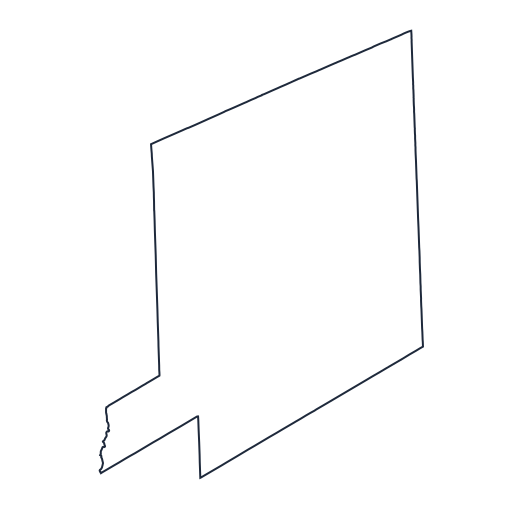 Nong Suea, Pathum Thani, Thailand (Robinson projection), rotated 178°
{"feature_id": "78962969B25224314923642", "entity_name": "Nong Suea", "entity_type": "district", "adm_level": 2, "iso_a3": "THA", "parent_name": "Thailand", "parent_adm1": "Pathum Thani", "projection": "robinson", "projection_center": [100.833, 14.16], "detail": "fine", "context": "isolated", "style": "outline", "palette": "slate", "viewbox_px": 512, "rotation_deg": 178, "n_neighbors": 0, "source": "geoboundaries", "source_scale": "gbopen_adm2", "svg_char_len": 5594}
<svg xmlns="http://www.w3.org/2000/svg" viewBox="0 0 512 512"><g transform="rotate(178 256 256)"><path d="M418.5,44.4L417.2,45.2L412.2,47.9L408.5,49.9L404.8,51.9L400.1,54.4L394.2,57.7L389.2,60.4L383.7,63.2L365.2,73.4L358.5,76.9L349.5,81.9L337.3,88.4L320.6,97.6L320.3,97.7L319.5,97.7L319.4,93.7L319.4,83.5L319.3,71.6L319.3,58.9L319.4,52.1L319.4,36.3L318.1,36.9L315.9,38.1L309.4,41.6L297.7,47.9L292.5,50.8L282.4,56.3L270.5,62.9L264.1,66.3L248.8,74.7L241.8,78.4L234.9,82.2L228.6,85.6L225.8,87.1L223.4,88.4L222.0,89.2L221.0,89.7L216.9,91.9L211.6,94.9L206.9,97.4L202.9,99.4L202.3,99.8L201.0,100.6L191.5,105.7L150.1,128.2L144.1,131.5L136.4,135.6L129.3,139.5L113.5,148.0L105.9,152.3L99.3,155.8L95.4,158.0L92.3,159.6L92.3,161.5L92.3,164.3L92.4,166.4L92.4,169.1L92.4,171.4L92.4,174.2L92.5,178.0L92.5,182.5L92.5,186.2L92.5,191.8L92.5,193.4L92.5,194.6L92.5,197.1L92.6,200.3L92.6,206.0L92.5,207.7L92.6,216.7L92.5,219.9L92.6,223.2L92.5,231.5L92.6,237.4L92.6,241.6L92.6,244.2L92.5,248.7L92.5,255.3L92.6,258.9L92.6,260.8L92.6,267.1L92.6,270.3L92.6,274.9L92.6,278.6L92.7,288.3L92.7,298.2L92.7,300.3L92.7,308.8L92.7,317.0L92.7,325.4L92.8,327.7L92.8,329.5L92.8,331.3L92.8,335.1L92.8,336.9L92.8,338.7L92.8,342.4L92.8,343.6L92.8,345.7L92.9,352.4L92.9,356.1L92.8,359.0L92.9,361.2L92.8,363.2L92.9,367.7L92.8,370.7L92.9,372.9L92.9,374.2L92.9,375.4L92.9,376.6L92.8,378.0L92.9,379.1L92.9,382.7L92.9,384.3L92.9,385.6L92.9,387.4L92.9,388.8L92.9,390.2L92.9,392.4L93.0,394.6L92.9,396.7L92.9,398.8L93.0,401.4L93.0,403.2L93.0,406.1L92.9,408.1L93.0,409.0L92.9,409.9L92.9,412.1L92.9,413.7L92.9,414.7L92.9,416.1L93.0,418.2L92.9,420.7L93.0,422.1L92.9,424.1L93.0,429.2L93.0,430.7L93.0,432.5L93.0,435.5L93.0,440.5L93.0,442.3L93.0,443.6L93.0,444.5L93.0,445.2L93.0,448.0L93.0,453.2L93.0,455.8L93.0,458.1L93.0,459.0L93.0,459.9L93.0,463.5L93.0,465.0L92.9,466.4L93.0,468.6L92.9,469.7L92.9,471.2L92.9,472.2L93.0,475.7L94.0,475.5L94.6,475.3L95.7,475.0L98.5,474.0L100.8,473.1L102.9,472.1L106.2,470.8L110.4,469.2L111.4,468.8L112.1,468.5L112.7,468.3L113.1,468.0L113.3,468.0L118.9,465.8L119.3,465.7L124.2,464.0L125.2,463.6L131.0,461.3L132.4,460.6L132.9,460.3L137.8,458.5L139.9,457.7L144.9,455.7L147.9,454.5L149.9,453.7L151.2,453.3L154.2,452.2L156.4,451.3L157.8,450.8L160.8,449.6L163.3,448.6L165.7,447.7L167.9,446.9L169.0,446.4L170.7,445.8L177.8,443.0L181.8,441.4L185.0,440.1L186.7,439.5L187.6,439.1L188.1,438.9L189.3,438.4L191.5,437.6L195.3,436.2L198.8,434.8L200.8,434.0L201.9,433.6L203.1,433.1L206.4,431.8L206.5,431.8L206.8,431.8L220.1,426.3L225.8,424.1L228.7,422.9L234.0,420.8L239.9,418.4L242.4,417.4L244.4,416.8L244.6,416.4L244.9,416.3L246.6,415.7L248.8,414.9L250.5,414.1L250.9,413.9L254.9,412.4L258.3,411.0L260.1,410.2L262.0,409.5L269.2,406.6L273.2,405.0L277.8,403.2L281.6,401.8L282.7,401.2L288.9,398.6L295.6,395.9L299.4,394.4L300.3,394.0L309.1,390.4L312.3,389.1L318.9,386.5L320.4,386.1L322.7,385.2L325.6,384.0L328.9,382.7L332.9,381.1L338.5,378.9L343.6,376.9L345.3,376.2L348.0,375.1L351.2,373.8L357.0,371.4L356.9,368.2L356.8,365.7L356.6,362.0L356.6,359.0L356.4,354.0L356.0,344.2L356.0,340.1L356.0,335.0L356.0,329.0L355.9,323.2L356.0,318.5L356.0,313.8L356.2,305.3L356.2,304.8L356.1,304.7L356.1,299.8L356.1,294.5L356.2,284.6L356.2,274.2L356.2,263.8L356.2,260.0L356.3,251.2L356.4,242.2L356.4,232.8L356.4,227.6L356.4,217.7L356.4,217.1L356.4,211.8L356.4,206.2L356.5,194.3L356.5,191.6L356.5,187.8L356.5,181.0L356.5,174.1L356.6,169.3L356.6,162.9L356.6,161.6L356.6,157.4L356.6,156.1L356.6,153.4L356.6,152.0L356.6,150.2L356.7,145.4L356.6,142.8L356.6,140.2L356.7,139.9L356.8,139.8L356.8,139.7L357.4,139.4L359.5,138.3L364.2,135.7L367.7,133.8L369.8,132.7L370.7,132.1L374.0,130.4L377.9,128.2L379.3,127.4L381.3,126.3L385.1,124.4L389.2,122.1L393.9,119.6L397.2,117.7L398.7,116.9L404.4,113.8L406.3,112.8L407.6,112.1L408.3,111.7L409.0,111.1L409.2,110.8L409.4,110.7L410.7,110.1L410.7,109.6L410.9,109.5L410.9,109.4L411.2,108.7L411.2,108.4L411.2,107.6L411.3,105.1L411.2,104.0L410.9,103.2L411.0,102.8L411.0,102.7L410.9,102.4L410.8,102.0L410.7,101.3L410.7,100.0L410.7,99.2L410.6,97.9L410.6,97.7L410.8,97.3L410.8,96.9L410.6,95.8L410.5,95.6L410.3,95.2L409.8,94.5L409.7,94.4L409.6,94.1L409.5,93.6L409.3,92.6L409.2,92.1L409.2,91.3L409.3,90.8L409.5,90.0L409.8,89.4L409.8,89.0L409.9,88.6L409.8,88.4L409.2,87.5L409.0,87.3L409.0,87.2L408.9,86.9L408.9,86.6L409.0,86.3L409.2,86.1L409.4,85.9L409.5,85.8L409.8,85.8L410.0,85.9L410.6,86.0L410.8,85.9L411.1,85.7L411.6,85.1L411.8,84.6L411.8,84.2L411.8,83.8L411.7,83.3L411.6,82.7L411.5,82.4L411.5,82.0L411.6,81.4L411.7,81.1L411.8,80.8L412.4,80.0L412.8,79.5L413.0,79.2L413.4,78.4L413.7,77.7L413.9,77.3L414.1,77.1L414.3,76.9L414.7,76.7L414.8,76.5L415.4,76.1L415.5,76.0L415.5,75.9L415.4,75.6L414.5,74.6L414.4,74.4L414.2,73.9L414.1,73.0L413.9,72.4L413.7,71.7L413.5,71.3L413.6,71.0L413.6,70.8L413.7,70.7L414.0,70.5L414.2,70.4L414.4,70.5L414.6,70.5L414.9,70.5L415.5,70.5L415.7,70.4L415.8,70.4L416.0,70.3L416.1,70.1L416.2,69.9L416.3,69.5L416.9,68.2L417.4,67.2L417.7,66.7L417.8,66.5L418.0,65.5L418.0,65.2L418.0,64.2L418.0,63.8L418.2,63.4L418.6,62.7L418.7,62.4L418.2,62.2L417.8,62.1L417.7,61.9L417.6,61.7L417.5,61.3L417.5,61.1L417.6,60.9L417.7,60.7L417.7,60.2L417.6,59.9L417.5,59.7L417.3,59.5L417.2,59.4L417.1,59.1L417.0,58.7L416.8,57.9L416.8,57.6L416.6,56.7L416.5,56.1L416.4,55.6L416.3,55.4L416.2,54.8L416.2,54.2L416.2,53.9L416.4,53.4L416.7,52.1L417.0,51.2L417.1,50.8L417.3,50.1L417.4,49.9L417.5,49.7L418.4,48.4L418.8,48.1L419.3,47.8L419.5,47.6L419.6,47.4L419.7,47.2L419.7,46.9L419.6,46.5L419.3,45.9L419.2,45.9L419.0,45.7L419.0,45.1L418.9,45.0L418.7,44.8L418.6,44.7L418.5,44.4Z" fill="none" stroke="#1e293b" stroke-width="2"/></g></svg>